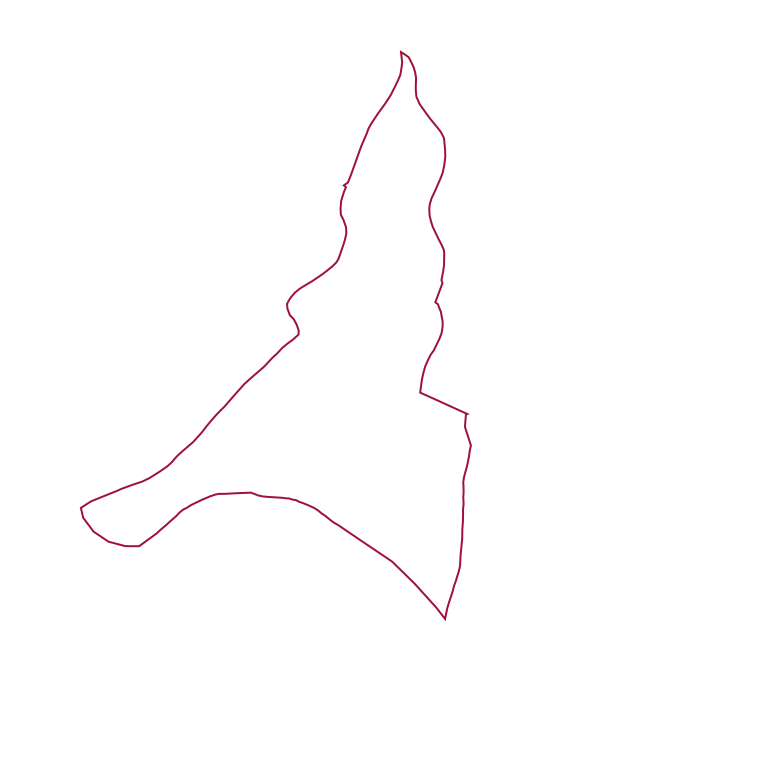 the district of Monchy/Vieux Sucreic/Bois D'Ine, Gros Islet, Saint Lucia, rotated 214°
{"feature_id": "8701671B73364458199971", "entity_name": "Monchy/Vieux Sucreic/Bois D'Ine", "entity_type": "district", "adm_level": 2, "iso_a3": "LCA", "parent_name": "Saint Lucia", "parent_adm1": "Gros Islet", "projection": "natural_earth1", "projection_center": [-60.951, 14.056], "detail": "fine", "context": "isolated", "style": "outline", "palette": "rose", "viewbox_px": 768, "rotation_deg": 214, "n_neighbors": 0, "source": "geoboundaries", "source_scale": "gbopen_adm2", "svg_char_len": 2696}
<svg xmlns="http://www.w3.org/2000/svg" viewBox="0 0 768 768"><g transform="rotate(214 384 384)"><path d="M566.0,111.8L558.6,104.9L542.2,99.2L524.2,99.2L507.8,104.9L496.3,112.6L488.8,133.4L487.7,138.3L485.5,146.0L484.5,150.4L483.4,154.5L482.5,157.8L481.5,163.5L480.3,167.4L478.2,171.2L476.3,175.7L470.2,186.1L465.5,193.4L462.0,198.0L459.3,200.7L455.1,203.5L451.0,206.6L445.7,210.6L433.6,219.5L425.9,221.3L422.1,222.8L418.3,224.8L411.8,228.6L405.0,232.6L401.8,234.2L398.7,236.0L395.6,236.9L392.0,238.5L388.5,238.9L384.8,239.9L380.5,240.8L376.8,241.5L372.3,242.2L368.0,242.3L363.0,241.8L359.2,241.9L355.3,241.5L348.5,241.0L343.7,241.4L317.4,241.3L278.0,241.3L246.9,235.6L215.7,227.9L202.0,223.4L203.8,227.7L206.2,233.6L207.8,238.7L209.2,243.7L210.8,249.5L213.1,256.1L214.3,261.0L215.8,265.7L217.3,270.8L219.3,275.8L224.8,284.9L232.6,299.4L237.6,307.0L241.5,313.8L245.8,320.5L248.5,324.5L250.9,329.0L255.0,334.5L256.6,337.3L258.3,340.0L260.8,343.5L263.2,346.6L265.2,350.6L266.5,354.1L268.3,359.6L270.3,365.0L273.1,371.6L274.4,374.2L276.2,378.1L277.5,381.6L292.9,393.7L299.1,404.6L298.3,405.7L349.2,397.1L355.0,408.8L357.5,415.1L359.7,421.8L360.9,428.4L361.7,434.5L361.5,439.8L363.4,453.0L364.8,458.7L367.5,464.4L370.4,468.7L373.9,472.2L377.2,475.7L380.7,477.9L383.9,480.3L387.1,480.4L391.9,500.3L394.4,502.2L397.6,509.7L400.6,516.0L407.4,526.4L409.6,528.8L414.5,531.8L419.3,534.4L425.0,537.7L431.4,541.5L436.1,545.2L440.2,549.0L444.1,554.0L446.4,558.3L448.3,564.0L449.8,573.5L452.1,586.1L453.6,592.3L456.5,599.3L460.2,606.6L464.5,612.6L471.8,621.4L474.4,622.9L478.1,624.8L483.5,626.6L494.6,629.9L502.8,632.9L510.8,635.9L517.8,640.3L522.2,645.7L525.3,650.4L528.4,655.5L532.1,659.4L536.2,663.0L541.0,665.8L546.2,668.7L551.9,668.8L555.5,668.7L548.7,660.7L546.2,655.7L543.3,649.4L542.2,643.6L541.2,636.9L540.0,627.5L539.8,617.3L540.2,605.8L540.2,593.2L539.7,587.3L538.3,581.5L535.9,568.7L534.4,562.7L528.4,539.3L526.6,531.0L528.3,526.2L525.6,525.9L524.6,520.8L521.9,511.9L518.1,505.1L514.4,500.2L509.1,497.2L503.2,492.8L499.5,487.9L497.3,482.5L495.6,477.1L493.6,469.5L491.7,462.4L491.5,458.4L492.6,452.5L496.2,441.2L501.1,428.9L504.5,421.8L507.0,416.2L508.9,410.1L509.6,404.4L509.6,400.1L509.2,396.2L506.1,392.4L500.5,388.4L494.9,387.2L489.5,384.3L484.6,380.6L482.5,377.2L484.5,369.2L486.5,363.8L488.4,357.6L489.9,348.4L491.1,343.7L493.1,331.3L498.0,313.2L499.8,305.7L500.8,298.3L501.8,290.8L503.7,275.4L504.7,270.8L505.9,263.9L506.8,256.8L507.5,249.5L508.0,241.7L509.8,229.1L513.7,214.9L515.2,208.5L516.3,200.1L517.7,194.3L520.7,186.6L525.8,174.9L530.0,167.7L536.2,159.7L542.8,150.6L546.3,144.9L547.2,143.7L553.8,134.0L561.3,122.8L566.0,111.8Z" fill="none" stroke="#9f1239" stroke-width="2"/></g></svg>